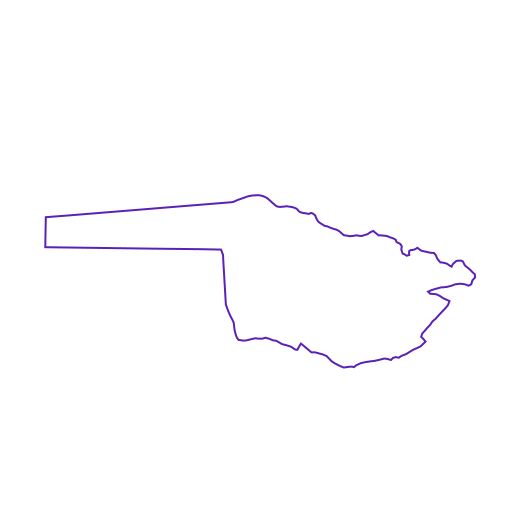 the district of Homa Bay, Nyanza, Kenya, rotated 311°
{"feature_id": "3690345B18622928067574", "entity_name": "Homa Bay", "entity_type": "district", "adm_level": 2, "iso_a3": "KEN", "parent_name": "Kenya", "parent_adm1": "Nyanza", "projection": "orthographic", "projection_center": [34.502, -0.52], "detail": "fine", "context": "isolated", "style": "outline", "palette": "violet", "viewbox_px": 512, "rotation_deg": 311, "n_neighbors": 0, "source": "geoboundaries", "source_scale": "gbopen_adm2", "svg_char_len": 3210}
<svg xmlns="http://www.w3.org/2000/svg" viewBox="0 0 512 512"><g transform="rotate(311 256 256)"><path d="M385.7,433.1L385.8,430.1L386.0,428.1L386.1,425.1L386.1,423.7L385.9,421.2L386.0,419.9L386.3,418.9L387.6,415.7L387.0,413.7L384.9,411.5L383.6,410.4L381.0,410.1L380.0,409.9L378.9,409.9L376.2,410.6L375.7,407.8L375.5,405.3L374.3,402.6L373.1,400.6L372.1,399.3L372.5,396.7L372.7,395.4L373.2,394.0L374.5,391.4L374.8,390.0L375.0,388.3L373.1,385.8L371.5,382.9L370.7,381.5L370.2,380.5L368.7,377.8L368.3,376.4L368.2,374.1L368.1,372.4L365.8,371.8L364.8,371.2L363.6,370.5L362.1,369.0L361.1,368.6L360.1,368.4L358.2,370.0L357.3,371.0L355.1,369.6L354.6,366.5L354.0,365.2L356.1,361.5L357.1,360.9L358.9,359.7L359.7,357.4L359.5,355.6L358.7,353.1L359.3,351.9L359.9,350.8L359.3,347.8L358.7,346.5L357.9,344.5L357.1,342.1L356.6,341.0L355.8,340.0L354.2,337.7L352.7,335.7L352.0,334.9L351.8,329.4L351.9,328.1L349.2,326.8L346.1,326.0L344.9,325.4L343.6,324.5L341.0,323.0L340.0,322.1L339.1,320.9L337.5,318.2L334.8,316.1L332.4,313.7L330.6,310.6L329.3,308.6L329.3,306.5L329.3,304.5L329.4,302.9L329.2,301.8L328.7,299.5L327.5,297.1L326.9,295.6L326.5,294.5L325.7,292.3L325.4,291.2L325.1,290.3L323.7,287.8L323.4,285.4L323.0,283.4L322.8,281.0L322.9,279.9L323.4,278.6L324.3,276.1L324.9,275.1L325.5,274.0L325.3,270.8L324.5,269.2L322.4,268.3L320.9,265.6L320.3,264.7L319.4,263.4L318.3,261.0L318.0,260.1L317.9,258.8L318.2,256.9L318.3,255.6L317.5,253.1L316.4,250.7L315.7,249.7L315.1,248.8L313.7,246.5L312.4,245.4L310.1,243.2L308.8,242.0L307.4,239.8L307.0,238.4L306.9,234.4L306.9,232.6L307.0,231.0L307.0,226.6L306.3,223.4L305.6,221.7L304.5,219.5L303.6,218.1L302.8,217.2L300.4,214.7L299.4,213.7L298.7,213.1L295.8,210.8L285.9,205.2L282.0,203.4L280.7,202.4L253.4,175.7L252.6,174.9L162.8,87.1L147.4,71.9L132.1,84.7L124.4,91.2L193.0,172.3L225.3,210.3L237.9,225.4L235.2,230.4L231.9,233.5L199.5,265.2L197.6,268.7L196.0,271.6L194.3,275.2L193.3,277.6L192.3,280.2L191.0,283.0L187.5,286.8L186.6,287.8L185.7,288.9L183.3,292.4L181.8,295.3L181.2,297.9L182.9,300.4L183.6,301.7L186.2,304.3L189.3,306.4L193.2,309.2L195.8,312.8L198.0,315.2L200.5,316.7L202.1,320.0L203.5,324.1L205.3,326.9L205.9,329.8L206.6,333.5L208.6,337.5L210.5,341.9L211.1,346.9L212.4,348.8L215.5,348.0L219.4,347.4L219.5,351.5L219.6,356.0L219.6,361.0L222.0,363.7L223.5,366.8L225.5,370.9L226.8,374.9L226.5,378.6L226.2,382.3L226.8,386.5L228.2,391.9L229.4,395.4L231.8,397.5L234.4,399.8L235.5,401.1L236.3,402.8L239.2,403.3L243.7,405.3L248.1,408.5L251.8,411.7L254.3,414.0L256.4,415.6L257.3,416.3L260.0,418.2L262.7,420.0L264.5,422.7L266.1,426.1L268.9,426.2L271.4,427.8L272.8,430.4L276.3,431.4L280.5,433.7L285.2,435.1L288.5,436.2L291.9,437.8L295.7,439.5L299.1,439.8L302.6,440.1L303.1,437.3L303.4,433.7L306.3,432.4L309.7,432.4L313.8,432.4L318.2,432.6L322.5,432.1L326.1,432.7L331.0,432.8L334.8,432.9L338.4,433.1L341.5,433.2L344.8,433.1L348.9,431.6L348.1,428.6L347.2,425.9L346.9,424.3L346.5,421.2L345.8,418.3L345.2,416.9L343.5,414.5L342.7,413.4L341.8,412.3L342.0,409.3L345.3,410.8L348.7,412.9L353.6,416.2L357.7,420.2L361.4,422.8L365.1,424.8L367.3,426.7L368.7,428.0L369.6,429.0L371.7,432.3L373.1,436.0L375.9,437.0L379.6,435.3L383.6,435.4L385.7,433.1Z" fill="none" stroke="#5b21b6" stroke-width="2"/></g></svg>